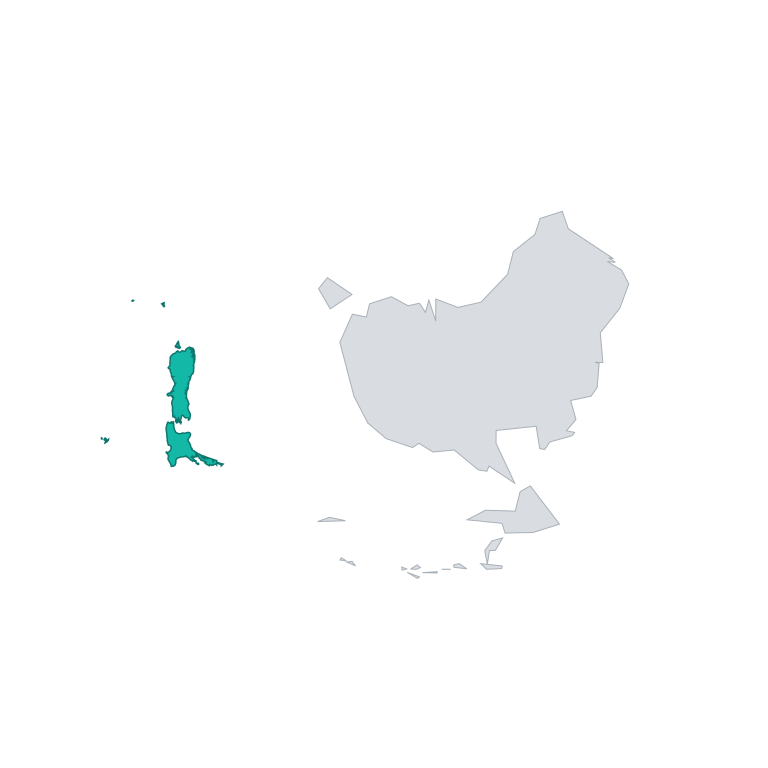 Oceania, with New Zealand highlighted, rotated 143°
{"feature_id": "NZL", "entity_name": "New Zealand", "entity_type": "country or territory", "adm_level": 0, "iso_a3": "NZL", "parent_name": "Oceania", "parent_adm1": "", "projection": "mercator", "projection_center": [173.207, -30.558], "detail": "fine", "context": "in_parent", "style": "filled", "palette": "teal", "viewbox_px": 768, "rotation_deg": 143, "n_neighbors": 5, "source": "natural_earth", "source_scale": "50m", "svg_char_len": 7928}
<svg xmlns="http://www.w3.org/2000/svg" viewBox="0 0 768 768"><g transform="rotate(143 384 384)"><path d="M328.2,166.5L354.5,175.8L377.0,192.1L373.6,201.7L399.3,225.5L378.9,222.1L355.7,203.5L340.1,216.1L328.5,214.6L328.2,166.5ZM413.6,174.3L414.9,182.4L399.1,167.5L401.1,165.8L413.6,174.3ZM403.8,190.3L392.1,193.8L381.9,189.6L395.2,184.1L400.1,187.5L409.9,177.9L403.8,190.3ZM429.1,186.6L438.4,195.5L437.3,197.5L432.1,195.4L429.1,186.6Z" fill="#d9dde1" stroke="#a8b0b8" stroke-width="1"/><path d="M520.5,265.5L525.1,269.9L522.7,270.9L520.5,265.5ZM520.9,264.3L516.3,261.7L516.2,255.9L520.9,264.3Z" fill="#d9dde1" stroke="#a8b0b8" stroke-width="1"/><path d="M497.1,298.0L519.8,314.1L507.7,310.3L497.1,298.0Z" fill="#d9dde1" stroke="#a8b0b8" stroke-width="1"/><path d="M481.6,224.5L480.0,227.2L477.2,222.7L481.6,224.5ZM474.3,208.6L478.8,219.5L471.8,208.6L474.3,208.6ZM473.8,220.2L466.4,219.6L465.4,215.5L470.2,216.7L473.8,220.2ZM455.5,201.2L466.9,210.3L454.4,202.0L455.5,201.2ZM446.6,199.0L449.5,201.4L442.2,195.9L446.6,199.0Z" fill="#d9dde1" stroke="#a8b0b8" stroke-width="1"/><path d="M355.7,474.8L381.7,476.4L378.9,499.5L365.2,502.9L355.7,474.8ZM219.3,397.2L201.0,411.9L173.4,412.6L159.7,422.3L137.7,414.6L143.4,397.1L125.3,345.9L128.6,349.5L126.1,341.9L131.9,347.4L125.7,331.9L128.3,316.6L150.1,302.6L180.5,294.7L196.3,269.4L202.5,274.5L199.9,270.9L215.9,252.9L226.0,249.7L244.8,258.5L252.1,240.1L266.4,236.9L260.9,230.6L264.8,229.5L286.4,237.9L295.1,235.0L298.5,238.7L287.9,258.7L322.4,279.4L330.2,269.3L339.3,226.1L349.6,255.3L354.3,252.4L360.3,258.6L367.7,289.1L385.8,300.2L391.8,315.6L399.5,316.1L415.1,339.0L420.4,362.4L415.4,392.2L394.2,443.8L367.2,458.8L357.8,448.1L347.3,456.7L325.6,449.3L317.7,432.0L307.1,427.2L307.7,416.2L297.6,424.1L304.8,403.2L291.5,420.7L278.9,400.7L257.3,391.0L219.3,397.2Z" fill="#d9dde1" stroke="#a8b0b8" stroke-width="1"/><path d="M563.7,480.3L564.6,480.4L568.3,477.5L569.8,476.9L570.2,476.8L569.9,477.5L569.4,477.7L569.3,477.9L569.6,478.3L569.2,478.8L569.2,479.5L568.7,480.3L569.5,480.0L569.7,479.5L569.6,479.2L569.9,478.6L570.4,478.3L570.2,477.6L571.1,477.7L571.8,477.5L571.9,477.9L572.4,477.8L571.7,479.2L570.5,480.0L571.2,480.0L572.9,478.6L572.9,479.5L572.0,480.7L571.0,481.2L570.7,481.8L570.9,482.6L571.4,483.1L570.8,484.2L571.5,484.0L572.3,484.9L571.8,485.9L570.0,488.2L569.4,488.7L569.4,489.5L569.0,490.1L566.9,492.6L565.4,495.8L564.5,497.1L563.4,498.0L562.1,498.6L560.8,500.0L560.1,500.1L560.2,500.4L560.9,500.9L560.7,501.4L559.7,501.8L559.4,502.0L560.6,501.8L561.0,502.1L561.5,503.6L563.4,504.2L563.7,505.4L563.6,505.9L563.4,506.2L562.3,506.4L561.5,506.2L561.0,505.6L559.2,505.9L559.8,505.2L559.1,504.7L558.5,505.2L558.4,505.7L558.1,506.0L557.7,506.1L555.8,504.4L556.9,506.4L553.1,508.7L551.5,508.9L551.3,509.6L550.9,510.1L550.0,510.2L550.5,510.6L549.9,512.8L549.7,515.4L549.3,516.9L548.2,516.8L549.2,517.5L549.0,518.2L547.8,520.0L547.4,521.7L546.0,524.9L546.0,525.2L546.7,526.0L546.6,526.9L544.0,527.6L543.3,528.1L542.2,529.9L540.3,531.8L538.6,534.1L536.1,534.8L534.3,534.9L531.8,534.2L530.4,534.7L529.6,534.5L529.0,534.7L528.6,534.0L528.7,533.4L528.6,533.0L527.6,532.1L525.1,532.1L523.9,530.3L522.8,529.8L522.5,529.9L521.9,530.6L521.6,530.8L519.6,530.9L517.6,530.6L516.9,530.3L516.8,529.6L518.3,527.8L516.9,528.8L516.3,528.7L516.9,527.8L516.8,527.1L516.0,527.8L515.2,527.8L515.1,527.2L515.1,526.5L515.3,526.2L517.7,525.9L518.5,525.6L518.9,525.2L517.5,525.1L517.4,524.5L517.6,524.0L518.8,523.3L516.9,523.4L517.0,522.6L517.3,522.0L518.3,522.0L518.0,521.6L517.9,521.0L518.2,521.0L519.3,521.8L520.0,522.0L519.7,521.4L519.7,521.1L520.6,520.8L519.1,520.1L519.1,519.0L519.8,518.3L520.3,518.7L520.8,518.6L520.1,517.7L520.3,517.4L521.9,516.0L522.3,517.3L522.4,516.5L522.2,516.1L522.4,515.4L523.1,515.1L524.7,513.6L525.5,514.3L525.2,513.5L525.2,512.6L528.9,508.3L529.6,507.8L531.0,507.2L532.1,507.4L534.0,506.1L534.9,506.6L534.5,505.6L534.8,505.2L537.3,503.7L538.4,503.3L539.2,502.8L539.7,502.8L539.7,502.0L540.2,501.9L539.9,501.7L541.0,500.9L542.6,499.0L543.1,498.8L543.8,499.2L543.6,498.7L543.1,498.4L544.2,497.7L545.4,498.3L544.8,497.8L544.7,497.5L545.8,497.0L546.3,497.7L546.3,496.6L548.0,494.6L548.3,495.0L548.3,496.2L548.5,496.0L548.4,494.3L549.6,492.4L550.5,492.0L550.1,491.4L550.9,488.2L551.8,485.4L552.2,485.0L553.6,484.7L555.2,482.9L555.6,482.0L556.2,479.6L556.6,477.1L557.6,475.3L560.3,473.0L561.6,472.7L562.5,473.0L560.9,473.2L560.7,474.4L561.2,475.4L562.8,476.2L563.2,477.2L563.4,479.4L563.7,480.3ZM564.9,421.1L565.0,421.6L566.2,420.3L566.1,421.1L566.4,421.3L568.0,421.8L568.3,422.2L568.7,422.3L569.1,422.0L571.0,423.0L571.1,424.1L571.3,424.4L571.7,424.5L572.6,423.9L574.2,427.0L573.9,427.7L574.5,428.8L573.1,428.7L573.1,428.9L576.1,433.6L575.7,435.2L576.2,436.3L575.9,436.7L575.7,437.8L575.5,438.0L575.5,438.4L576.5,438.7L576.8,439.0L576.9,438.6L577.2,438.5L577.9,439.1L579.8,439.8L580.1,441.3L580.4,441.8L581.5,441.7L581.7,441.3L581.2,438.6L581.1,437.0L580.4,435.8L580.5,435.3L580.9,435.1L582.6,437.5L583.2,437.4L583.3,438.1L583.7,438.7L584.0,439.5L584.8,443.9L585.7,444.8L585.8,445.3L585.3,445.0L585.1,445.2L585.2,445.4L585.7,445.8L587.0,446.1L590.5,448.1L593.4,449.0L594.2,449.0L595.5,448.7L596.3,448.2L597.6,446.4L599.6,445.0L601.6,445.1L603.5,446.2L602.4,448.7L601.9,453.3L601.5,454.3L600.2,455.6L599.4,455.9L598.9,458.7L599.3,459.8L598.9,460.7L598.6,460.6L598.0,459.5L596.1,459.2L594.4,459.6L592.8,460.6L591.9,462.0L591.8,463.7L592.0,464.2L593.0,464.9L591.1,469.5L589.9,470.8L589.4,472.2L587.7,474.4L586.7,476.4L584.8,479.7L582.6,481.6L579.8,483.6L579.2,483.2L578.8,481.7L577.9,481.4L576.7,481.8L576.6,480.3L576.8,480.0L576.6,479.8L576.3,479.9L576.2,480.2L576.4,480.5L575.8,480.8L575.1,480.8L574.9,480.4L577.7,476.2L578.7,474.0L579.4,470.8L578.7,469.1L577.6,467.5L576.2,466.6L574.4,466.2L572.8,464.6L569.7,463.3L568.8,462.5L568.5,461.5L568.6,460.5L569.1,459.8L570.7,458.8L573.1,458.1L574.4,457.0L574.6,456.5L575.0,453.1L575.5,451.2L576.2,450.0L576.4,449.3L576.1,448.1L576.4,447.7L577.0,447.3L575.6,444.0L575.8,443.0L575.4,442.9L574.5,440.8L574.7,440.5L575.1,440.7L575.6,441.8L575.7,441.2L576.1,440.9L577.0,440.6L576.0,439.3L574.6,439.7L573.7,439.3L573.0,437.4L571.6,435.2L572.0,435.2L573.2,436.2L573.6,435.4L573.5,434.8L572.8,434.2L572.8,433.7L573.1,433.2L573.1,432.9L572.2,432.2L572.1,432.5L572.3,433.0L572.1,433.0L570.5,431.9L569.6,429.9L569.6,430.9L571.4,433.7L571.3,434.2L570.9,434.3L570.6,434.0L569.8,432.3L565.9,426.6L566.4,425.9L567.2,425.2L567.5,424.6L567.2,424.5L566.5,425.0L565.6,426.2L565.2,425.7L564.9,424.8L564.6,424.7L563.7,423.6L564.3,422.8L564.3,421.9L563.1,419.9L560.7,416.9L563.2,416.6L562.6,417.6L564.1,420.0L564.2,420.4L564.9,421.1ZM527.3,537.4L527.3,537.8L526.5,537.7L526.5,538.2L527.1,538.4L527.4,538.8L528.0,538.7L528.1,539.2L528.0,539.6L527.6,540.0L526.3,540.1L525.5,540.8L524.6,540.8L523.8,541.5L522.7,541.7L522.8,541.0L523.5,540.4L523.7,539.4L524.3,539.0L524.3,538.4L524.8,537.9L524.5,536.7L524.6,535.7L525.9,535.6L527.3,537.4ZM642.3,504.8L642.0,505.1L641.5,505.1L640.8,506.1L640.8,505.3L640.6,505.0L639.8,505.3L640.3,505.6L639.9,506.1L640.3,507.0L640.7,507.0L641.1,507.7L641.1,508.0L640.2,508.3L639.8,508.7L639.2,508.6L638.9,507.8L638.9,507.5L639.7,506.5L639.5,506.0L638.9,505.7L637.3,505.7L638.0,505.0L638.7,505.1L639.4,504.6L642.3,504.8ZM513.2,580.9L513.3,581.8L512.1,581.6L511.6,581.0L511.3,581.5L510.7,581.4L510.9,580.9L512.1,579.9L512.3,578.3L513.2,578.2L513.5,578.5L513.1,579.1L513.2,580.1L512.9,580.3L513.2,580.9ZM581.3,432.3L581.6,433.8L581.0,433.6L580.8,433.2L580.1,432.7L580.0,432.0L580.4,431.4L580.6,431.4L581.3,432.3ZM569.6,476.3L568.6,476.9L568.8,475.6L570.0,474.8L569.9,475.6L569.6,476.3ZM517.0,524.6L516.9,525.4L515.5,525.1L515.7,524.5L516.6,524.2L517.0,524.6ZM534.9,601.4L535.3,602.0L534.5,602.2L533.8,601.7L533.7,601.3L534.9,601.4ZM518.7,519.6L519.0,520.9L518.4,520.6L518.1,520.3L518.7,519.6ZM642.3,510.8L641.9,510.9L641.9,509.9L642.4,509.8L642.7,510.2L642.3,510.8Z" fill="#14b8a6" stroke="#0f766e" stroke-width="1.5"/></g></svg>